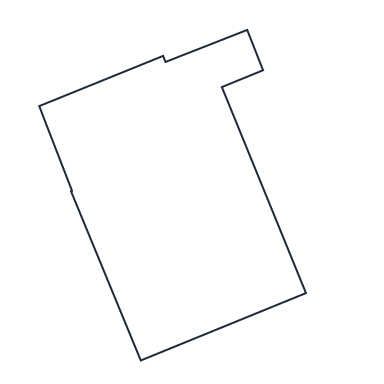 Rio Grande, Colorado, United States of America, rotated 68°
{"feature_id": "52423323B79195844352338", "entity_name": "Rio Grande", "entity_type": "district", "adm_level": 2, "iso_a3": "USA", "parent_name": "United States of America", "parent_adm1": "Colorado", "projection": "albers", "projection_center": [-106.533, 37.617], "detail": "fine", "context": "isolated", "style": "outline", "palette": "slate", "viewbox_px": 384, "rotation_deg": 68, "n_neighbors": 0, "source": "geoboundaries", "source_scale": "gbopen_adm2", "svg_char_len": 301}
<svg xmlns="http://www.w3.org/2000/svg" viewBox="0 0 384 384"><g transform="rotate(68 192 192)"><path d="M68.3,301.7L146.0,302.8L146.0,303.9L329.0,302.6L328.4,124.2L105.9,125.0L105.7,80.5L62.4,80.1L61.5,167.9L55.0,167.8L55.1,301.4L68.3,301.7Z" fill="none" stroke="#1e293b" stroke-width="2"/></g></svg>